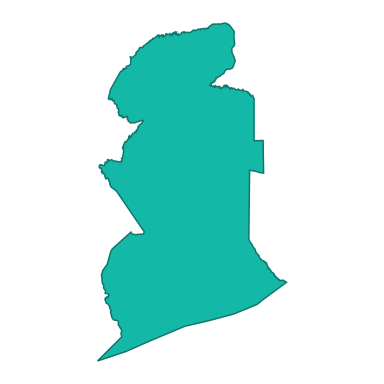 Petauke, Eastern, Zambia (Equal Earth projection)
{"feature_id": "96606910B40532044353326", "entity_name": "Petauke", "entity_type": "district", "adm_level": 2, "iso_a3": "ZMB", "parent_name": "Zambia", "parent_adm1": "Eastern", "projection": "equal_earth", "projection_center": [31.255, -14.345], "detail": "fine", "context": "isolated", "style": "filled", "palette": "teal", "viewbox_px": 384, "rotation_deg": 0, "n_neighbors": 0, "source": "geoboundaries", "source_scale": "gbopen_adm2", "svg_char_len": 5880}
<svg xmlns="http://www.w3.org/2000/svg" viewBox="0 0 384 384"><path d="M154.3,38.3L152.8,38.5L152.9,39.2L152.2,39.4L151.5,40.2L150.9,40.1L150.7,40.8L149.9,40.9L149.5,41.8L149.1,41.6L149.0,42.1L148.1,42.8L147.7,42.7L144.7,45.3L143.6,45.8L143.0,47.4L139.7,47.6L138.5,50.2L136.0,52.5L136.1,54.0L133.6,56.6L131.5,57.9L131.0,56.9L130.2,57.0L130.8,58.4L130.6,64.1L129.1,65.5L126.4,66.3L126.3,68.4L125.2,68.5L124.3,69.2L124.1,68.4L123.7,68.5L122.5,69.9L122.5,70.8L122.2,71.1L120.7,71.4L110.5,89.4L108.3,98.8L108.6,99.0L108.9,98.6L109.2,99.0L109.4,98.7L109.7,99.2L110.2,99.1L110.4,99.4L110.8,99.2L111.1,99.7L111.8,98.8L112.2,99.0L113.0,100.9L114.0,100.5L114.6,103.7L116.9,104.5L116.8,106.2L117.7,107.6L117.3,108.1L118.7,109.2L118.6,111.1L118.1,112.2L118.8,113.2L119.0,113.8L118.8,114.7L119.3,115.0L119.3,115.5L120.2,116.1L121.4,115.3L121.7,116.6L122.4,116.6L122.6,117.5L123.3,117.9L124.1,116.9L125.7,117.3L126.5,116.5L127.1,116.4L127.8,118.4L127.3,118.9L127.6,119.7L128.3,120.3L128.6,120.9L128.4,121.2L129.7,122.0L129.8,122.4L131.0,123.0L133.7,122.6L134.3,122.9L141.1,120.6L141.6,120.8L143.1,120.4L142.2,122.9L140.7,124.2L140.2,124.2L139.3,125.2L138.7,126.5L138.0,126.7L138.2,127.4L137.8,128.6L136.5,130.7L136.3,130.5L136.1,131.3L136.4,131.8L135.3,132.3L134.9,132.0L134.5,132.9L132.8,133.4L132.3,134.7L131.6,135.0L131.5,136.3L131.0,136.5L130.8,137.1L130.5,136.6L129.9,136.5L129.7,135.7L128.8,136.3L128.7,138.0L129.2,138.3L129.1,138.9L128.2,138.9L126.6,141.4L125.9,142.0L125.1,141.7L124.6,142.4L124.3,143.7L123.6,144.8L123.6,146.0L122.7,146.7L122.9,147.4L122.6,148.2L123.3,148.3L123.1,148.9L123.8,151.6L123.4,152.6L123.0,155.9L122.7,156.3L122.9,156.6L122.4,157.8L121.6,158.4L122.2,159.0L122.3,159.7L121.7,160.2L121.9,160.7L121.5,162.0L120.8,161.4L118.5,162.0L116.7,161.2L113.5,161.1L112.0,159.9L111.1,159.8L109.3,160.8L108.2,159.5L107.5,159.6L107.0,162.8L105.9,162.1L105.3,162.1L104.5,165.7L100.4,164.6L99.9,164.9L99.1,166.6L99.5,167.9L100.4,168.0L101.6,169.0L101.4,169.9L101.8,170.2L101.5,171.8L101.9,172.6L102.7,172.1L102.9,173.7L103.9,173.7L105.0,174.9L104.8,175.9L105.7,178.8L107.4,178.0L108.0,178.2L108.9,180.9L109.7,182.1L109.9,184.4L111.1,187.0L116.4,191.0L144.3,231.9L143.8,233.2L143.1,234.1L137.5,234.4L136.4,234.8L132.4,234.1L131.7,233.5L131.0,232.1L112.7,248.5L110.9,251.1L107.2,264.3L102.4,271.0L102.6,271.9L101.5,274.3L102.3,283.0L103.7,285.6L103.8,288.4L105.5,290.6L105.2,293.4L107.3,293.7L108.8,294.4L108.6,295.1L108.9,295.7L108.4,296.0L108.4,296.9L108.1,297.4L107.9,297.0L106.8,296.8L105.9,297.8L105.9,298.4L105.2,298.3L105.0,300.0L106.0,301.5L106.0,302.9L107.7,303.8L109.6,306.5L109.7,308.1L111.2,310.6L110.5,311.6L110.5,312.2L112.0,317.7L113.4,319.7L114.7,320.2L117.4,320.4L118.3,321.4L118.5,322.6L118.2,324.2L118.6,325.6L119.4,326.2L119.7,327.0L120.1,327.0L120.3,328.2L120.7,328.3L121.2,329.7L121.6,330.1L121.8,331.2L121.2,332.4L121.0,334.1L121.7,336.2L121.5,337.1L97.5,361.0L126.2,351.4L149.6,341.0L185.0,326.2L208.7,320.7L233.7,314.0L257.1,304.4L262.6,299.9L286.5,282.3L285.2,281.3L284.2,281.3L283.7,280.5L283.5,280.8L282.3,280.2L280.7,280.7L280.0,280.2L279.8,280.6L278.1,278.7L277.8,279.0L277.3,278.2L277.1,278.5L276.2,277.9L276.0,276.6L275.1,276.2L275.0,275.7L274.0,275.6L274.3,274.5L274.2,274.1L273.8,274.1L272.9,272.7L271.5,272.1L270.2,269.5L269.0,268.9L268.9,268.2L268.4,268.6L268.0,267.7L267.5,265.4L266.8,265.0L266.8,263.5L266.0,262.6L265.2,262.6L265.3,262.2L264.5,261.4L264.0,261.5L263.4,260.8L262.4,260.6L259.7,257.9L258.9,256.0L258.9,255.5L258.2,255.3L258.2,254.9L256.2,252.6L255.5,251.0L255.2,249.5L252.9,246.5L251.4,243.5L250.1,242.2L248.8,239.0L249.6,170.3L255.4,171.2L259.4,172.5L263.6,173.1L263.1,140.5L254.1,140.7L254.1,98.6L253.7,98.3L252.7,95.7L252.4,96.1L251.5,96.2L250.2,94.3L249.5,94.8L249.2,93.6L248.7,92.8L248.2,92.9L247.9,92.5L248.1,92.3L247.9,91.8L243.9,90.9L242.8,89.4L242.5,89.7L242.6,90.5L242.4,90.7L239.5,90.1L238.6,89.1L236.8,89.8L235.1,89.3L233.9,88.2L232.8,88.3L232.4,88.7L231.5,87.8L231.0,88.4L230.2,88.1L230.1,88.9L229.5,88.6L229.4,87.5L228.5,87.2L228.2,86.7L227.5,86.9L227.5,86.4L227.0,86.4L227.2,85.7L226.1,85.0L225.7,85.4L226.0,85.6L225.9,86.2L225.1,85.9L225.1,86.4L224.8,85.9L224.5,86.2L224.1,85.6L222.7,87.6L222.1,88.0L221.9,87.7L221.5,88.3L221.3,87.9L219.6,88.1L219.9,87.0L219.7,86.5L218.6,86.9L218.2,86.5L217.9,86.9L217.1,86.9L215.6,85.8L215.3,86.8L214.3,86.2L214.7,87.5L214.0,87.4L213.8,86.3L212.2,86.3L211.3,85.3L210.8,85.2L210.9,84.9L210.5,85.0L210.1,85.7L209.8,85.3L210.5,84.8L210.7,84.0L210.9,84.2L211.3,83.2L211.6,83.5L211.9,82.9L213.2,82.5L213.1,81.9L213.8,82.2L214.4,81.3L214.3,81.0L215.1,80.8L215.1,80.0L215.6,79.8L216.1,78.9L216.3,77.4L217.4,77.7L218.8,76.5L219.9,76.3L221.8,74.3L223.5,73.8L225.4,70.4L226.3,69.6L227.6,69.1L229.9,69.1L231.8,68.4L232.6,67.8L233.3,66.3L235.2,60.8L234.1,57.0L232.2,53.3L231.8,50.8L231.9,48.1L234.1,46.0L234.7,44.0L233.9,36.4L234.3,31.7L229.6,25.2L228.8,25.1L228.6,24.6L228.0,24.7L227.7,24.0L227.1,24.1L227.0,23.6L224.7,23.0L220.2,24.2L218.1,23.8L217.2,24.2L215.5,24.2L214.9,23.9L213.7,24.5L213.0,24.1L211.8,24.5L211.0,25.6L209.8,26.1L208.7,27.1L208.6,28.0L208.2,28.3L207.0,28.0L206.8,28.9L205.4,29.2L204.9,28.4L203.6,28.4L203.3,28.8L201.1,28.9L200.7,29.6L200.4,29.1L197.7,29.4L195.9,30.6L195.6,30.3L194.5,30.6L193.6,30.0L190.2,32.6L187.5,32.3L186.6,32.6L185.7,32.3L184.7,32.7L184.6,32.1L183.8,32.4L183.8,31.9L183.4,31.9L181.8,32.5L180.3,34.3L179.8,34.4L178.8,35.4L178.0,35.5L177.9,33.8L177.1,34.4L175.8,34.2L176.4,32.4L175.3,33.0L175.4,32.0L174.9,31.9L174.0,33.7L173.2,32.8L172.9,33.0L172.8,34.4L172.2,35.5L171.1,35.5L171.7,34.9L171.8,34.1L171.2,34.2L170.1,33.5L168.1,34.9L166.8,33.8L165.9,34.9L165.6,34.5L165.3,36.1L164.7,35.9L163.9,36.2L163.5,37.0L162.8,36.8L162.5,36.0L163.1,35.0L162.8,34.9L162.4,35.6L161.9,35.7L161.5,35.1L160.2,36.0L159.2,37.3L158.8,36.3L159.1,35.4L158.7,34.9L158.2,35.5L157.2,35.5L156.0,36.9L154.3,38.3Z" fill="#14b8a6" stroke="#0f766e" stroke-width="1.5"/></svg>